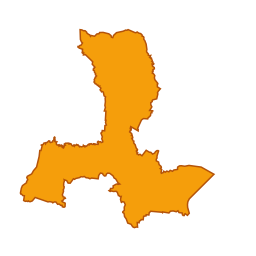 the district of Hat Yai, Songkhla, Thailand, rotated 101°
{"feature_id": "78962969B23143470212652", "entity_name": "Hat Yai", "entity_type": "district", "adm_level": 2, "iso_a3": "THA", "parent_name": "Thailand", "parent_adm1": "Songkhla", "projection": "mercator", "projection_center": [100.414, 6.987], "detail": "fine", "context": "isolated", "style": "filled", "palette": "amber", "viewbox_px": 256, "rotation_deg": 101, "n_neighbors": 0, "source": "geoboundaries", "source_scale": "gbopen_adm2", "svg_char_len": 5956}
<svg xmlns="http://www.w3.org/2000/svg" viewBox="0 0 256 256"><g transform="rotate(101 128 128)"><path d="M83.3,103.7L82.0,107.0L79.4,107.6L79.0,107.1L78.5,107.3L75.4,110.9L73.6,111.7L71.4,111.7L69.8,113.4L69.5,114.6L68.1,114.3L67.7,114.8L67.2,114.2L66.1,114.7L64.9,113.4L63.6,113.8L62.7,115.7L60.8,116.5L60.9,115.8L60.2,115.6L60.5,115.0L60.0,114.9L58.9,116.3L58.2,116.4L58.1,117.1L57.7,116.8L56.0,117.8L54.8,119.7L54.6,119.0L54.1,119.9L52.5,119.6L53.0,120.7L52.6,122.0L51.6,122.0L49.9,124.1L48.8,124.5L47.4,124.4L42.2,126.2L39.0,128.2L38.0,129.4L36.0,129.7L35.3,130.3L35.2,131.6L34.1,131.8L32.9,133.5L32.8,135.6L32.0,137.3L33.0,138.5L33.0,139.5L31.4,146.7L32.3,147.7L32.3,148.9L33.9,151.2L36.6,157.5L39.8,159.8L42.2,160.2L42.0,161.6L40.5,162.3L39.2,164.8L38.9,170.7L39.7,174.1L41.0,174.5L41.6,176.5L44.3,178.3L44.2,181.8L45.2,182.3L43.8,183.4L43.6,184.6L42.5,186.6L41.7,187.0L40.7,188.7L41.0,190.4L40.5,191.9L40.6,193.8L50.2,191.6L52.4,190.1L53.2,188.9L55.7,189.9L56.2,191.0L57.3,191.7L57.4,192.6L58.0,192.7L58.9,191.0L59.4,187.6L61.1,187.5L61.4,187.1L62.0,187.3L62.6,186.5L63.0,187.1L63.4,186.4L63.0,185.8L64.8,185.7L64.1,183.8L69.7,175.3L72.2,175.3L74.6,172.1L75.5,172.8L76.0,172.6L76.6,173.3L77.9,173.1L78.3,171.9L79.9,171.4L80.8,170.2L81.9,170.2L82.9,168.8L84.3,169.8L84.8,169.5L85.0,169.9L87.2,170.4L88.3,169.7L89.3,170.2L90.8,168.6L90.5,168.4L91.1,167.2L92.0,166.2L91.7,165.6L92.5,164.9L92.4,164.1L92.8,164.4L93.7,162.5L94.5,162.2L95.5,162.7L96.5,162.2L96.9,161.2L97.5,160.9L97.1,160.4L97.5,159.1L101.0,157.6L101.7,156.0L103.2,156.1L106.6,155.2L110.3,155.0L112.2,154.1L115.8,154.5L115.7,152.9L124.8,151.7L124.7,151.1L127.0,151.1L129.2,149.8L130.0,151.1L135.2,150.4L135.4,152.8L136.7,152.7L138.2,153.6L141.6,151.5L143.6,151.7L145.8,150.2L146.7,150.2L147.4,151.5L146.7,152.2L147.1,153.4L146.7,154.7L147.7,155.3L148.9,154.2L149.8,154.2L150.0,156.3L150.6,157.1L149.9,157.4L150.0,158.7L150.5,158.5L150.8,159.0L150.9,160.2L150.4,160.9L151.0,161.9L150.7,162.2L151.3,163.3L151.9,163.1L151.8,163.9L153.8,165.3L153.8,166.5L154.3,166.1L154.8,166.7L153.5,168.5L154.6,168.5L155.4,170.2L155.2,171.7L155.7,172.1L154.4,173.4L154.3,173.7L155.1,173.8L154.1,174.1L154.4,174.8L154.0,175.3L155.0,176.0L154.9,176.8L155.6,177.0L154.9,177.3L155.1,178.1L156.2,178.4L156.0,179.5L154.4,181.0L154.9,182.5L154.3,182.3L154.2,183.6L154.9,186.5L156.0,187.5L156.8,186.3L157.8,187.6L158.3,187.3L158.6,187.8L158.8,187.2L159.9,187.5L159.7,188.4L159.1,188.1L159.1,188.6L158.6,188.5L158.7,189.0L158.0,189.0L157.6,189.6L158.1,189.7L157.6,190.0L157.7,190.6L158.5,190.7L158.7,191.5L157.9,191.9L158.4,192.2L157.8,192.3L157.8,192.9L158.3,193.0L157.9,195.0L156.2,195.6L155.2,195.2L155.4,196.7L155.0,197.4L153.9,197.6L153.7,197.2L153.2,197.8L151.4,197.8L150.9,198.3L151.5,198.8L153.9,198.5L155.0,199.4L155.9,199.3L157.1,201.2L156.8,202.0L155.7,202.4L155.7,203.3L157.6,204.6L158.0,205.7L159.2,205.9L158.4,206.5L158.9,207.7L160.3,208.1L161.5,210.4L161.5,208.9L166.7,209.1L166.9,210.3L172.9,209.8L183.8,210.3L187.9,212.6L191.5,213.8L194.6,217.6L196.0,217.9L197.9,216.5L199.8,217.3L201.1,217.2L204.7,220.6L207.4,221.2L212.4,221.2L213.3,220.6L213.1,220.1L214.4,218.3L214.3,216.8L219.1,216.6L219.6,214.8L219.1,213.7L219.3,212.6L218.6,211.8L219.1,211.0L218.9,209.7L217.8,208.0L213.9,205.9L215.8,192.5L215.2,190.7L215.2,188.4L215.8,187.6L214.6,186.1L214.4,184.7L216.3,182.5L215.8,181.1L216.8,179.2L216.5,178.0L217.9,177.4L218.0,175.7L217.2,174.8L213.8,175.3L212.9,178.5L212.3,179.0L211.1,177.8L209.9,177.5L209.0,176.1L208.1,176.9L208.0,178.4L206.2,179.7L202.3,179.2L201.0,179.8L199.9,179.4L197.9,179.4L197.2,180.1L194.3,180.6L191.9,180.3L190.9,180.8L191.4,178.1L193.5,176.3L193.2,174.2L188.3,171.9L188.6,170.7L187.5,169.6L185.9,166.0L184.8,165.0L184.6,162.9L183.9,161.8L184.8,159.7L184.6,157.5L185.1,155.7L184.1,154.2L183.6,147.6L180.1,147.7L177.5,146.5L177.5,144.3L178.5,143.6L179.6,142.0L179.2,140.7L177.1,140.3L176.1,139.2L176.0,137.2L177.8,133.6L179.8,132.0L180.3,130.4L183.6,127.4L184.6,125.4L185.3,127.1L185.0,127.9L185.4,128.9L187.7,131.6L189.4,131.0L190.4,132.1L190.7,133.6L192.1,133.6L193.1,134.7L193.7,133.4L193.0,132.3L193.1,130.2L192.4,127.6L193.2,126.2L196.2,124.5L196.0,123.9L196.9,122.7L196.5,121.6L199.4,121.8L202.1,120.5L202.3,120.1L201.3,119.4L201.5,117.6L203.9,116.0L206.4,116.6L209.5,115.9L211.1,117.1L212.0,117.0L212.5,115.6L215.6,114.5L217.6,112.4L221.4,110.1L221.9,106.7L224.1,104.5L224.6,102.8L223.5,100.6L223.5,99.7L219.0,100.9L218.9,99.0L217.3,99.1L216.2,97.8L215.3,97.6L215.2,95.6L211.7,95.8L210.8,93.5L209.6,93.6L209.4,90.9L207.1,91.0L205.4,89.8L204.2,78.5L204.5,78.0L203.8,78.0L203.6,71.6L201.6,70.5L200.8,67.8L201.0,64.6L199.7,63.2L201.3,61.8L201.1,58.6L202.8,58.0L203.4,57.1L203.2,56.1L201.8,56.0L201.2,55.5L202.4,53.0L200.0,51.6L194.6,54.3L191.9,55.0L188.9,55.2L185.8,54.3L157.0,34.8L152.4,48.7L153.1,61.0L154.7,64.9L154.9,68.6L155.4,70.3L156.9,71.8L159.2,71.5L160.5,75.0L162.0,76.1L161.5,78.5L163.2,79.5L162.9,81.7L164.3,83.0L163.6,84.7L165.1,85.0L166.1,86.6L165.3,87.1L162.3,87.0L161.7,88.6L160.6,87.7L159.4,88.2L158.0,90.5L155.6,91.5L154.8,94.0L153.3,94.3L152.0,93.8L150.0,94.2L144.7,93.6L144.4,94.2L144.7,95.3L146.0,96.5L147.6,97.1L148.9,98.9L147.5,101.0L147.7,102.3L146.4,105.9L152.6,109.0L151.5,111.2L152.4,112.6L151.6,113.6L151.6,114.2L150.6,113.9L150.7,114.4L149.5,114.8L149.5,115.2L148.7,115.4L148.2,115.1L148.2,114.6L147.3,114.6L146.0,116.2L143.0,117.8L141.7,119.5L139.9,119.7L140.0,120.1L138.0,121.8L137.2,121.6L137.2,122.1L136.3,121.6L134.3,122.6L134.5,123.2L133.5,123.0L132.7,123.4L131.5,125.7L130.6,125.5L130.3,125.0L129.5,125.2L129.3,124.5L128.1,124.7L128.6,125.1L128.0,125.1L127.9,125.7L126.1,125.6L128.9,117.5L127.4,117.7L126.6,118.5L117.5,116.3L115.8,114.6L115.3,110.4L114.4,110.3L111.6,108.3L109.3,108.4L108.6,108.1L108.4,107.4L107.1,107.9L106.3,106.4L106.7,110.1L102.7,108.6L100.9,110.0L98.8,110.5L97.5,109.3L96.4,109.5L95.6,108.9L93.9,105.4L88.8,105.2L87.9,105.8L86.1,105.3L83.3,103.7Z" fill="#f59e0b" stroke="#b45309" stroke-width="1.5"/></g></svg>